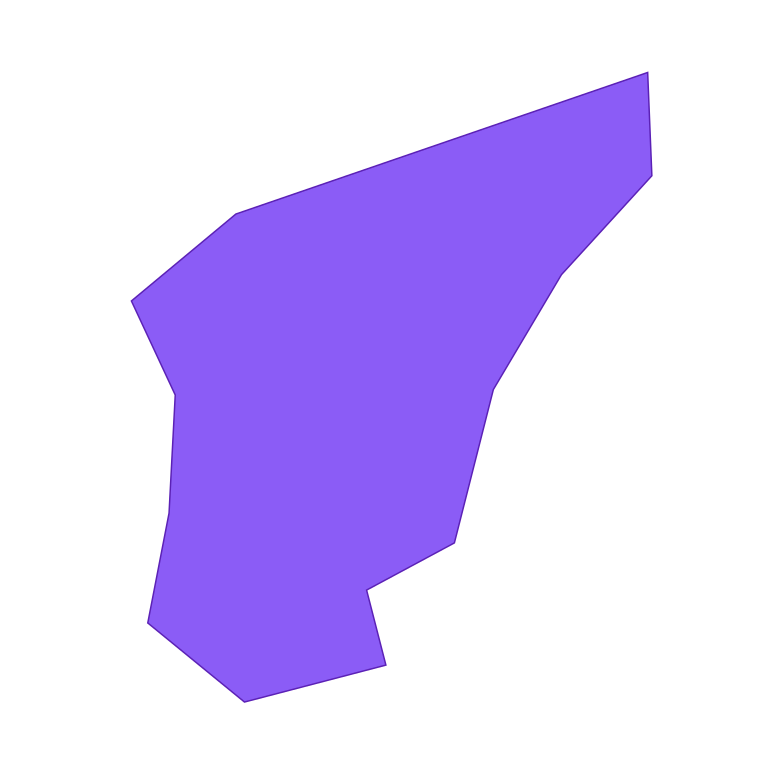 outline of Saint Peter Basseterre, rotated 273°
{"feature_id": "KNA-5109", "entity_name": "Saint Peter Basseterre", "entity_type": "Parish", "adm_level": 1, "iso_a3": "KNA", "parent_name": "Saint Kitts and Nevis", "parent_adm1": "", "projection": "albers", "projection_center": [-62.712, 17.32], "detail": "fine", "context": "isolated", "style": "filled", "palette": "violet", "viewbox_px": 768, "rotation_deg": 273, "n_neighbors": 0, "source": "natural_earth", "source_scale": "10m", "svg_char_len": 338}
<svg xmlns="http://www.w3.org/2000/svg" viewBox="0 0 768 768"><g transform="rotate(273 384 384)"><path d="M453.7,127.4L546.0,227.2L708.9,631.0L606.0,640.6L502.5,555.5L384.2,493.5L229.0,462.6L177.3,377.4L103.4,400.6L59.1,261.3L133.0,160.6L243.8,176.1L362.1,176.1L453.7,127.4Z" fill="#8b5cf6" stroke="#5b21b6" stroke-width="1.5"/></g></svg>